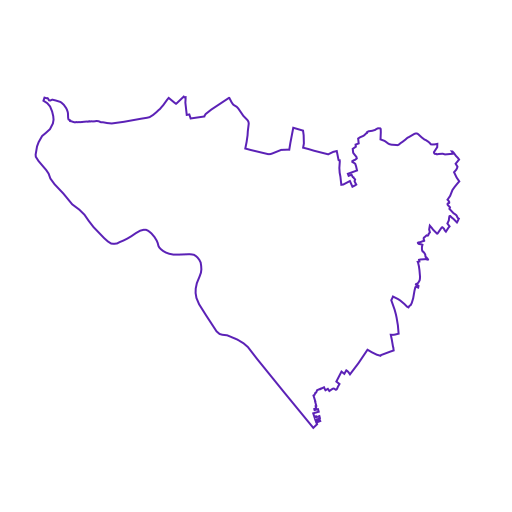 the district of Sancraiu De Mures, Mures, Romania, rotated 85°
{"feature_id": "2599482B65716467004344", "entity_name": "Sancraiu De Mures", "entity_type": "district", "adm_level": 2, "iso_a3": "ROU", "parent_name": "Romania", "parent_adm1": "Mures", "projection": "robinson", "projection_center": [24.501, 46.544], "detail": "fine", "context": "isolated", "style": "outline", "palette": "violet", "viewbox_px": 512, "rotation_deg": 85, "n_neighbors": 0, "source": "geoboundaries", "source_scale": "gbopen_adm2", "svg_char_len": 5964}
<svg xmlns="http://www.w3.org/2000/svg" viewBox="0 0 512 512"><g transform="rotate(85 256 256)"><path d="M82.8,454.2L85.6,450.6L89.1,448.1L94.3,446.5L99.1,445.8L102.6,445.8L106.3,446.8L111.7,450.2L115.2,454.8L117.8,458.6L123.6,462.6L127.8,464.6L135.8,466.7L138.0,466.7L142.4,464.4L152.1,457.5L155.9,455.4L160.9,454.1L167.0,450.4L177.1,442.4L188.5,434.6L194.4,428.0L199.9,423.3L206.4,419.6L213.1,415.3L225.0,405.7L228.6,402.3L231.0,399.2L231.5,396.4L231.4,393.3L230.3,390.7L229.0,386.6L227.5,382.8L225.5,378.6L222.7,373.6L220.7,369.2L220.1,365.7L220.3,363.3L221.3,361.5L222.5,360.1L224.4,358.2L228.2,355.5L232.0,353.6L234.5,352.8L237.5,352.3L239.1,351.6L240.9,350.2L242.9,348.1L244.7,345.5L246.2,342.3L247.4,338.2L247.9,332.5L248.4,322.2L248.8,320.0L249.4,317.7L250.9,315.8L252.4,314.4L254.9,312.8L257.7,311.7L261.1,311.5L264.6,311.6L267.8,312.3L271.3,313.9L277.9,317.3L283.2,318.9L287.6,319.4L292.6,319.0L299.1,316.9L310.6,311.0L327.6,301.9L330.5,299.1L331.5,296.5L332.5,291.6L337.6,281.9L341.9,276.0L346.0,272.0L358.5,264.0L394.2,239.9L432.2,213.9L428.9,209.8L427.2,210.4L426.0,206.4L424.8,206.8L426.0,210.7L424.6,211.1L423.3,206.6L422.3,206.9L422.2,206.6L421.0,206.8L421.9,210.1L420.9,210.3L421.3,211.7L421.6,211.8L417.7,212.7L416.6,207.1L414.0,207.6L414.6,211.1L413.5,211.3L412.9,209.3L410.8,209.7L410.6,209.0L406.0,209.8L405.9,209.6L400.0,210.9L399.4,209.8L397.5,208.8L397.3,208.0L395.0,206.8L393.8,203.2L394.1,203.2L392.7,199.7L394.7,199.0L395.8,198.5L394.6,196.0L396.9,194.7L395.4,192.1L394.9,191.0L394.8,190.5L394.8,190.2L395.1,189.5L396.2,188.2L396.1,187.6L395.8,187.2L394.9,186.6L393.2,185.7L390.8,184.0L388.1,186.9L378.6,180.9L381.1,178.3L377.8,176.0L378.6,175.0L379.8,174.0L382.1,172.7L371.6,163.2L359.1,153.1L362.0,149.0L364.3,145.2L364.8,144.4L366.2,140.8L365.9,140.7L365.6,140.1L362.9,130.4L362.1,127.1L359.0,127.2L358.5,127.4L351.2,128.0L346.2,128.6L346.5,126.4L346.4,124.3L345.8,120.7L337.4,120.7L329.9,121.3L326.5,121.7L321.5,122.6L311.8,125.1L309.9,123.9L308.3,123.1L311.4,118.1L312.9,116.2L316.8,112.3L319.6,110.0L320.5,108.6L319.1,107.5L318.3,106.1L316.3,104.9L311.8,103.1L304.6,101.2L301.0,100.0L300.7,99.6L300.8,98.8L301.6,97.2L299.9,96.7L299.3,97.3L298.8,98.2L298.8,98.8L298.4,99.2L297.9,99.0L297.6,97.9L296.8,96.7L294.5,95.1L293.0,94.7L290.9,94.4L284.4,94.4L280.5,94.6L276.9,95.1L275.9,95.4L275.7,93.7L274.0,93.9L273.8,92.4L273.9,87.4L274.6,85.3L274.6,85.0L274.4,84.9L272.2,86.4L272.2,86.8L271.5,87.2L269.2,87.3L267.2,88.3L266.0,89.3L266.0,89.6L265.0,90.0L263.7,90.1L261.4,89.9L259.3,89.2L258.7,90.5L258.6,91.3L258.1,92.9L257.4,93.5L257.0,93.6L256.8,93.4L256.6,92.6L256.6,91.7L256.2,89.9L255.8,88.8L255.7,87.4L255.5,87.1L253.7,87.5L252.9,87.4L252.4,87.2L251.7,86.1L250.3,84.3L250.7,83.1L250.2,82.6L249.7,82.2L249.0,82.1L247.6,80.7L244.7,81.2L240.9,80.2L243.4,78.4L245.1,77.4L249.5,73.7L249.5,73.3L249.1,72.9L245.3,69.8L243.8,68.5L243.6,68.0L243.6,67.8L245.2,66.4L247.0,65.7L248.3,64.7L244.7,61.9L243.4,60.6L240.3,62.5L237.3,60.8L235.3,60.4L233.7,60.0L233.1,59.7L233.1,59.0L234.8,57.6L236.4,55.9L240.1,52.9L239.4,52.4L236.5,50.7L235.9,51.5L235.0,52.0L234.0,52.3L232.8,52.9L231.6,54.2L230.6,55.5L225.9,59.2L224.4,58.5L222.3,60.2L221.7,60.6L221.0,60.7L220.5,60.5L220.2,60.1L220.1,59.2L219.9,58.9L219.1,58.8L217.9,59.3L216.6,60.3L213.1,57.4L207.3,54.5L204.4,52.0L201.4,49.1L199.4,47.0L195.3,49.3L189.8,51.4L187.5,49.0L185.9,48.0L184.6,47.5L181.5,49.1L177.6,45.3L175.9,46.3L173.7,48.1L170.5,50.0L169.0,51.2L168.9,51.8L169.6,51.4L170.4,51.2L171.3,51.2L171.3,58.8L170.4,61.1L170.3,65.0L170.5,66.9L170.0,67.5L169.9,68.7L169.7,69.1L169.2,69.5L168.1,69.7L163.4,66.0L160.1,65.6L160.4,68.2L160.3,70.1L160.1,71.9L159.7,72.3L158.4,73.2L157.1,74.5L155.2,76.9L154.7,78.0L152.3,80.6L148.9,83.7L148.4,84.3L148.0,85.0L147.9,85.7L147.9,86.6L148.2,87.7L151.0,93.6L151.2,94.3L151.9,95.5L153.0,96.9L155.1,100.2L156.0,101.9L157.6,104.2L157.9,105.3L157.5,107.5L156.9,111.4L156.2,113.4L155.5,114.5L153.0,117.3L152.4,118.2L150.7,121.8L143.7,120.9L140.4,120.7L139.7,121.1L139.4,123.3L140.0,125.0L140.8,126.4L141.4,129.4L141.6,133.2L142.1,133.9L142.4,134.7L143.2,134.8L143.4,135.5L145.2,137.7L145.8,138.9L146.8,142.0L147.9,144.0L152.8,143.9L153.7,147.1L155.8,147.0L157.7,150.3L161.6,150.2L162.5,149.7L166.1,147.3L167.6,147.1L168.8,148.9L169.2,150.4L169.9,151.8L170.8,151.8L171.5,150.6L172.8,149.1L175.3,148.5L179.6,147.9L182.1,157.3L184.2,156.7L183.4,153.7L185.9,152.7L186.1,152.0L187.0,151.7L187.8,151.0L188.5,150.6L190.0,151.3L191.0,151.0L193.6,149.9L194.3,151.2L195.4,153.9L189.5,155.9L192.4,162.8L192.5,164.8L184.3,165.0L180.3,165.4L175.6,165.3L169.2,164.3L168.0,164.3L168.0,164.9L167.6,165.4L158.5,166.4L159.0,170.0L161.0,175.2L156.2,189.0L154.0,194.5L152.2,199.6L148.1,198.5L139.9,198.0L135.2,198.2L131.5,207.7L146.3,211.9L153.0,213.6L152.8,215.4L152.5,221.7L155.3,230.9L155.7,232.6L155.7,234.0L155.6,235.0L149.9,252.1L148.0,257.3L141.5,255.4L135.1,253.9L131.1,253.3L123.5,251.7L121.9,251.8L120.7,252.2L119.7,252.8L115.3,256.4L107.5,260.8L105.7,262.2L103.5,265.2L102.9,265.7L100.8,266.9L96.2,268.8L96.1,269.1L106.2,287.7L110.2,293.8L112.1,295.2L112.5,295.3L113.3,309.1L109.2,310.1L109.4,312.7L97.0,313.0L93.0,312.4L91.6,312.3L91.7,313.5L90.9,314.1L95.3,319.6L96.8,321.5L97.4,322.4L96.2,323.8L90.9,329.2L92.7,331.0L97.7,335.3L99.0,336.7L101.4,339.1L101.9,340.0L104.0,342.6L106.5,346.2L108.4,349.9L108.8,352.6L109.2,358.3L110.8,375.9L111.4,388.2L110.6,392.6L109.5,396.5L109.2,398.9L108.9,399.6L108.5,400.0L108.0,401.2L107.6,403.1L107.8,405.1L107.6,407.7L107.4,408.5L107.6,409.5L107.5,410.0L107.2,410.3L107.2,410.6L107.5,410.9L107.5,412.2L107.3,412.5L107.3,416.8L107.4,417.4L107.3,417.9L107.4,418.8L107.3,419.4L107.1,422.8L106.9,423.3L107.1,424.7L106.6,426.2L105.7,428.2L105.4,429.4L104.7,429.3L103.7,430.8L103.1,431.0L101.5,431.1L97.7,430.9L96.2,431.0L93.8,431.6L92.2,432.2L88.6,434.3L86.2,436.5L85.4,437.6L83.6,442.0L82.5,445.3L83.2,447.5L82.9,448.6L80.8,449.6L80.5,450.2L80.6,450.9L79.8,452.9L82.8,454.2Z" fill="none" stroke="#5b21b6" stroke-width="2"/></g></svg>